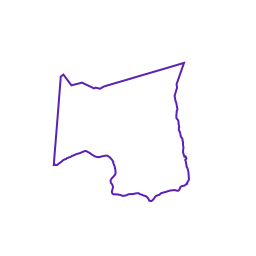 Loudoun, Virginia, United States of America (Mercator projection), rotated 147°
{"feature_id": "52423323B61122994047391", "entity_name": "Loudoun", "entity_type": "district", "adm_level": 2, "iso_a3": "USA", "parent_name": "United States of America", "parent_adm1": "Virginia", "projection": "mercator", "projection_center": [-77.613, 39.085], "detail": "fine", "context": "isolated", "style": "outline", "palette": "violet", "viewbox_px": 256, "rotation_deg": 147, "n_neighbors": 0, "source": "geoboundaries", "source_scale": "gbopen_adm2", "svg_char_len": 2081}
<svg xmlns="http://www.w3.org/2000/svg" viewBox="0 0 256 256"><g transform="rotate(147 128 128)"><path d="M45.6,152.1L125.4,175.9L130.1,176.2L133.2,179.5L134.8,179.6L141.9,191.1L152.2,194.6L153.1,208.0L156.4,207.7L166.6,194.4L172.7,186.4L183.4,172.5L191.1,162.5L191.5,162.0L197.4,154.3L199.3,151.9L210.4,137.4L209.0,136.8L208.9,136.3L208.5,136.0L207.3,135.6L204.7,135.9L202.2,136.0L200.2,136.3L198.2,136.2L196.9,135.7L195.5,136.0L191.9,135.0L191.2,135.1L190.5,135.1L187.7,134.5L185.7,134.3L182.0,133.1L178.0,132.5L176.6,132.0L175.8,131.6L175.5,131.2L173.8,128.0L173.7,127.8L172.9,125.7L171.7,123.1L170.6,121.4L169.4,120.1L167.1,118.9L165.8,118.6L161.8,117.0L160.6,116.2L160.3,115.7L159.4,113.9L158.8,110.7L158.7,108.3L158.7,107.8L159.3,107.0L160.2,102.8L161.5,99.5L163.0,96.9L164.4,95.8L169.4,94.5L171.3,93.4L171.6,92.9L172.2,91.4L172.0,89.1L172.6,86.9L173.5,85.8L176.2,83.5L176.4,82.9L176.7,82.3L176.7,81.3L176.6,81.0L176.1,80.2L173.2,78.2L170.7,75.8L169.7,74.3L169.2,73.8L166.6,72.6L163.6,72.1L160.6,70.5L160.3,70.1L159.9,69.9L156.8,68.8L155.2,67.9L154.5,67.3L154.2,66.4L153.8,65.7L152.5,64.3L151.9,63.1L149.9,60.8L149.4,58.0L149.7,55.5L149.3,54.9L148.6,54.3L148.4,54.1L147.5,54.0L145.3,54.4L142.8,55.5L141.6,55.7L140.0,55.5L138.2,54.9L135.6,55.3L130.4,53.6L129.3,53.4L126.5,52.5L122.6,50.5L121.2,48.9L120.0,48.0L119.7,48.1L118.5,48.2L117.1,49.5L115.6,50.0L114.4,49.9L111.8,48.9L109.6,49.2L108.7,49.0L108.6,49.6L108.1,50.0L106.0,50.9L104.7,52.0L101.5,57.8L100.7,59.8L100.1,61.8L99.9,62.8L100.0,63.6L100.0,63.8L99.4,64.5L98.6,66.5L98.5,66.9L97.9,68.3L97.7,68.6L97.4,70.1L96.5,70.5L96.1,70.4L95.8,70.8L95.5,70.9L95.4,71.2L95.3,73.0L96.3,73.2L95.3,76.9L95.2,77.4L93.5,79.9L92.6,80.7L92.0,81.7L90.7,84.6L89.4,86.3L89.2,87.6L88.2,89.5L88.2,89.9L88.4,91.7L88.3,92.1L86.6,96.6L86.6,97.1L86.5,98.4L86.2,99.0L85.4,100.3L84.8,100.6L84.3,101.5L83.0,104.7L82.2,105.7L81.8,107.2L81.8,108.0L82.0,108.9L82.0,109.9L80.5,112.4L80.4,112.4L77.7,115.9L76.4,116.6L76.0,117.6L73.8,122.9L73.4,124.8L71.4,129.6L64.9,135.1L63.5,138.2L45.6,152.1Z" fill="none" stroke="#5b21b6" stroke-width="2"/></g></svg>